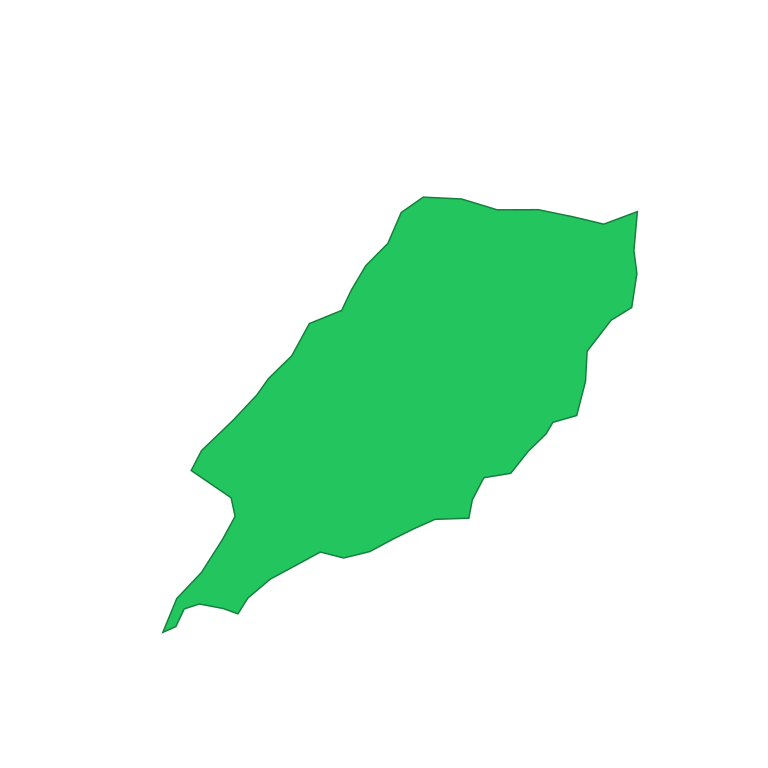 outline of Mingbulak, Namangan, Uzbekistan, rotated 157°
{"feature_id": "79887680B504113599955", "entity_name": "Mingbulak", "entity_type": "district", "adm_level": 2, "iso_a3": "UZB", "parent_name": "Uzbekistan", "parent_adm1": "Namangan", "projection": "natural_earth1", "projection_center": [71.366, 40.766], "detail": "fine", "context": "isolated", "style": "filled", "palette": "green", "viewbox_px": 768, "rotation_deg": 157, "n_neighbors": 0, "source": "geoboundaries", "source_scale": "gbopen_adm2", "svg_char_len": 818}
<svg xmlns="http://www.w3.org/2000/svg" viewBox="0 0 768 768"><g transform="rotate(157 384 384)"><path d="M394.2,468.3L429.1,468.8L457.9,446.0L488.1,434.2L505.5,423.5L536.8,409.7L578.0,394.0L595.3,379.7L569.2,339.0L572.8,320.3L593.8,303.7L625.8,281.8L658.6,267.5L684.6,241.8L670.4,242.0L655.8,255.0L640.1,253.7L619.8,240.2L608.3,229.5L592.8,240.2L565.0,248.8L533.2,251.8L508.3,254.2L489.1,239.6L462.5,235.3L436.3,237.7L412.6,239.1L390.0,239.5L358.3,227.3L348.0,242.8L328.7,258.7L302.2,252.3L277.5,265.7L254.2,274.8L243.5,282.7L218.9,279.7L197.6,307.5L184.2,334.8L150.0,354.0L126.1,357.6L108.1,386.8L101.8,409.2L83.4,443.7L119.3,445.3L143.8,463.4L173.7,484.1L211.8,500.1L240.3,524.0L274.9,540.7L301.2,535.1L325.5,511.9L354.6,500.0L377.3,483.3L394.2,468.3Z" fill="#22c55e" stroke="#15803d" stroke-width="1.5"/></g></svg>